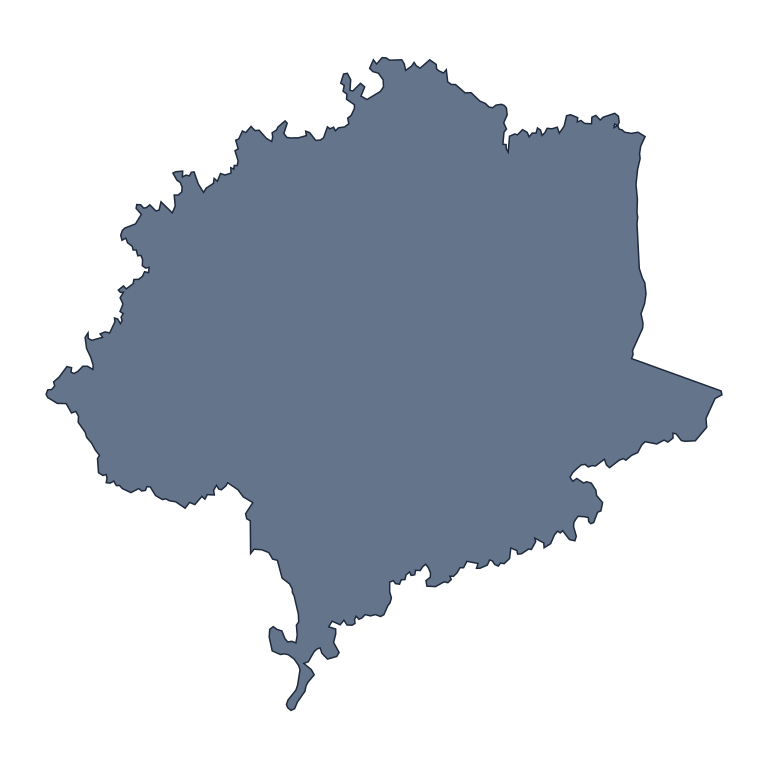 outline of Lapa, Paraná, Brazil
{"feature_id": "56859067B23222104773356", "entity_name": "Lapa", "entity_type": "district", "adm_level": 2, "iso_a3": "BRA", "parent_name": "Brazil", "parent_adm1": "Paraná", "projection": "equal_earth", "projection_center": [-49.887, -25.801], "detail": "fine", "context": "isolated", "style": "filled", "palette": "slate", "viewbox_px": 768, "rotation_deg": 0, "n_neighbors": 0, "source": "geoboundaries", "source_scale": "gbopen_adm2", "svg_char_len": 6055}
<svg xmlns="http://www.w3.org/2000/svg" viewBox="0 0 768 768"><path d="M272.2,650.9L280.4,654.5L284.5,653.9L288.3,654.7L294.2,659.1L298.7,665.6L300.0,669.8L297.6,685.1L295.9,690.1L288.0,700.0L286.4,704.6L287.8,707.8L291.0,710.4L294.6,708.7L297.4,702.1L305.0,691.2L306.0,686.0L307.9,682.3L314.2,674.8L311.3,669.6L303.8,663.5L308.3,661.7L314.0,651.8L317.1,648.9L320.1,647.9L321.9,653.3L327.5,659.1L336.7,656.5L339.1,652.5L333.6,642.5L335.7,634.0L335.7,629.0L328.7,626.8L332.1,621.2L340.2,624.8L343.9,620.2L347.0,625.0L352.1,625.2L355.0,623.4L354.6,619.4L356.2,616.2L358.9,619.3L362.1,617.8L365.2,614.6L370.6,615.9L375.4,614.6L380.6,616.5L383.9,614.7L387.8,605.7L390.0,602.9L391.4,597.9L389.7,591.8L389.7,582.2L393.3,580.6L395.5,583.6L399.5,584.2L401.2,579.8L404.9,579.6L406.1,574.9L409.6,571.9L411.1,575.4L414.7,574.8L415.6,570.3L420.2,570.5L422.9,566.5L425.7,564.3L428.4,567.8L430.5,573.0L430.3,577.2L426.0,580.6L426.9,586.2L435.5,586.6L444.1,581.8L447.8,582.7L451.3,579.6L449.9,576.2L453.5,576.3L456.9,573.0L460.0,567.7L463.6,567.7L466.9,561.3L478.0,563.5L476.5,568.3L480.1,568.2L487.3,565.1L489.7,559.9L492.5,561.1L494.6,564.4L498.3,566.1L500.5,563.0L504.1,563.7L509.6,558.5L510.8,548.0L516.9,550.6L517.6,554.1L521.4,553.8L528.7,549.0L531.4,549.5L535.7,541.6L534.8,538.1L543.8,543.0L544.1,547.8L550.7,543.6L554.4,535.0L557.4,531.2L560.4,532.9L562.6,530.7L569.5,539.6L574.9,540.8L576.3,536.2L573.6,526.9L573.8,522.7L575.6,519.5L578.1,516.3L584.2,516.7L588.3,517.5L588.7,521.5L590.8,523.7L593.7,522.5L597.6,512.2L600.9,510.9L602.6,502.6L596.6,495.5L595.9,490.3L591.3,483.1L586.4,481.7L583.8,483.1L576.8,478.5L572.8,481.3L570.0,477.3L572.8,472.5L577.1,468.4L581.3,464.9L585.1,464.4L588.4,467.0L592.0,465.6L595.5,466.0L604.4,459.2L606.4,464.9L609.5,467.7L619.2,460.2L623.3,458.6L625.9,460.2L631.5,455.4L637.7,452.6L641.8,444.9L645.1,441.7L656.7,444.0L664.1,440.1L667.9,442.1L673.0,438.1L672.9,433.2L676.2,433.9L681.3,440.5L684.9,441.3L695.3,440.8L706.7,427.3L706.0,418.3L715.1,398.4L721.9,394.9L721.2,391.0L631.6,358.6L633.1,354.5L632.5,350.6L642.7,328.1L643.0,323.1L641.0,313.8L644.6,303.6L646.0,293.8L644.8,282.7L642.4,278.1L639.3,268.5L637.0,223.5L637.7,217.5L637.0,212.5L637.4,199.4L636.0,184.4L637.6,169.3L640.1,158.7L639.6,153.5L640.7,146.2L645.1,136.6L638.0,132.2L631.5,133.4L624.6,132.2L622.0,129.8L619.3,129.2L617.7,125.6L619.2,122.3L618.4,116.2L614.7,113.3L603.2,117.2L600.2,120.0L595.8,115.4L591.9,117.2L591.5,123.8L584.6,123.4L581.0,120.5L577.3,121.9L577.7,117.7L570.6,114.7L566.6,115.7L564.1,126.2L559.3,133.2L557.3,127.2L551.8,128.8L547.2,128.3L544.8,132.8L542.0,135.4L540.5,130.0L537.5,128.0L536.0,133.1L532.2,133.1L529.1,136.8L527.2,132.4L522.6,129.6L517.5,134.8L514.7,134.0L509.5,136.2L508.2,152.1L506.2,148.5L506.1,144.6L502.9,144.2L504.0,132.2L506.5,129.0L503.7,122.8L507.2,114.9L506.4,107.9L504.3,105.5L501.4,104.3L496.0,105.1L492.8,107.7L489.1,107.1L485.4,103.5L479.9,101.1L471.1,92.7L465.1,92.9L455.6,84.6L451.1,84.4L447.7,81.8L446.3,69.7L443.5,73.0L439.2,71.0L436.6,69.0L436.2,64.4L429.7,59.8L420.1,68.2L416.3,65.8L414.1,62.4L411.5,66.2L405.7,70.4L404.2,63.8L401.8,59.8L389.6,60.2L386.2,57.9L382.1,57.6L376.6,64.0L373.4,59.8L369.6,68.4L372.9,71.6L378.4,73.2L383.1,79.8L383.5,86.9L380.3,91.5L367.0,99.5L361.0,96.1L364.7,86.9L360.5,83.3L352.8,91.0L350.0,90.3L350.7,79.8L347.3,73.3L343.6,74.0L340.7,83.2L344.2,85.4L343.1,91.3L346.9,94.1L346.5,99.3L354.4,104.7L354.4,108.5L351.2,115.4L347.7,118.1L348.8,123.8L344.6,126.9L338.5,127.8L335.4,130.8L333.6,127.2L330.0,128.8L327.4,126.9L323.6,137.7L320.5,140.0L315.7,140.4L309.7,132.6L305.7,131.2L306.4,135.6L298.5,137.8L290.8,138.0L286.8,137.4L283.9,133.4L287.2,123.2L285.1,120.9L278.0,127.0L276.5,130.0L272.1,132.8L272.7,137.3L271.7,141.5L266.4,138.4L259.1,130.2L254.9,130.6L251.1,126.4L245.7,132.6L242.4,131.0L238.7,139.0L235.7,140.2L238.2,148.9L235.0,150.7L238.1,160.9L237.2,165.5L234.2,165.5L233.8,169.1L230.8,167.7L231.0,173.1L225.0,175.0L220.5,173.5L217.4,181.2L214.1,178.4L213.4,183.4L206.1,188.2L203.6,192.4L198.3,184.0L194.1,171.9L191.3,172.3L189.4,175.9L186.0,175.1L182.4,177.0L182.7,171.1L175.9,171.7L172.9,173.1L176.9,180.2L180.2,182.4L182.1,187.2L181.7,192.0L178.3,195.0L174.2,195.0L175.2,206.0L172.3,212.9L161.0,201.8L159.1,210.1L155.8,210.9L149.8,204.8L146.4,207.6L143.6,208.1L140.7,204.8L136.8,204.5L136.1,208.3L141.3,214.3L135.5,223.9L125.1,227.9L122.4,230.3L120.7,235.2L122.0,240.3L125.8,238.1L127.6,242.8L132.3,246.4L133.1,250.0L136.2,250.0L137.8,255.8L140.9,255.4L142.6,259.7L142.3,265.7L145.7,268.1L149.1,267.4L148.5,272.7L144.6,271.7L142.4,276.4L138.6,279.3L133.9,279.5L133.1,283.7L126.2,288.9L123.5,285.9L118.3,290.1L120.4,292.4L123.5,292.2L120.1,297.8L123.0,304.0L120.0,311.5L123.2,313.6L121.1,317.1L122.1,320.8L120.4,323.7L117.7,319.0L114.5,318.0L114.9,321.9L109.7,332.9L105.0,331.9L100.1,333.9L102.6,337.3L91.9,340.3L88.3,338.5L88.0,332.9L85.1,337.5L86.6,348.6L90.8,357.4L93.2,365.4L92.9,369.5L87.6,366.3L82.9,366.2L77.9,371.3L74.2,373.5L71.0,372.2L71.6,367.7L66.9,366.6L59.2,377.0L53.6,381.9L54.7,385.9L51.7,389.5L47.7,389.9L46.1,394.4L47.8,397.6L57.3,403.4L66.2,403.6L71.5,413.0L75.8,411.4L78.5,416.2L78.2,422.3L85.2,432.3L86.7,437.4L91.6,443.1L95.2,449.8L99.5,455.4L97.5,458.6L98.5,472.7L103.0,475.5L106.2,474.5L107.0,478.5L106.2,482.7L110.3,483.1L113.7,481.1L116.4,485.6L119.6,485.5L122.2,488.5L130.9,492.6L138.8,488.6L141.7,491.0L145.5,490.4L146.9,486.6L150.3,487.0L155.5,495.5L162.5,499.6L165.7,498.8L169.6,500.8L175.7,501.8L185.1,508.2L189.6,502.4L194.8,504.6L201.9,496.4L204.9,499.2L207.3,494.6L214.3,495.0L213.6,490.3L216.5,485.3L218.7,489.0L221.4,489.8L225.9,485.9L227.7,482.7L237.9,489.7L243.3,496.9L252.8,502.6L245.6,513.7L246.7,518.7L250.3,520.8L250.6,553.6L254.1,549.2L261.9,549.8L268.8,552.6L272.6,559.1L277.4,560.3L282.1,578.1L289.5,583.8L292.3,589.0L292.4,592.7L294.1,595.8L298.4,614.3L298.7,622.0L296.4,625.2L297.2,635.2L295.9,642.9L291.8,641.3L287.7,641.9L284.9,638.6L281.9,631.0L277.0,629.4L273.2,626.6L269.7,629.4L269.2,637.1L272.2,650.9ZM617.7,125.6L614.0,127.6L614.6,124.0L617.7,125.6Z" fill="#64748b" stroke="#1e293b" stroke-width="1.5"/></svg>